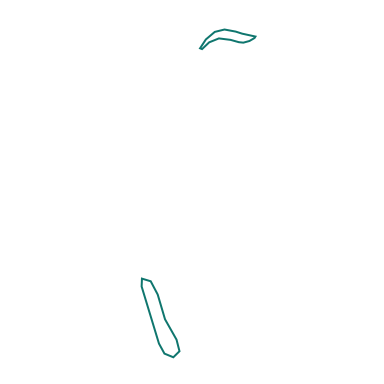 Berry Islands, Robinson projection, rotated 191°
{"feature_id": "BHS-5018", "entity_name": "Berry Islands", "entity_type": "District", "adm_level": 1, "iso_a3": "BHS", "parent_name": "The Bahamas", "parent_adm1": "", "projection": "robinson", "projection_center": [-77.863, 25.599], "detail": "fine", "context": "isolated", "style": "outline", "palette": "teal", "viewbox_px": 384, "rotation_deg": 191, "n_neighbors": 0, "source": "natural_earth", "source_scale": "10m", "svg_char_len": 480}
<svg xmlns="http://www.w3.org/2000/svg" viewBox="0 0 384 384"><g transform="rotate(191 192 192)"><path d="M224.6,97.4L215.5,96.5L206.1,84.8L194.2,61.9L179.0,44.1L173.9,33.3L178.8,26.2L188.2,28.1L195.5,36.9L223.4,89.6L224.6,97.4ZM191.1,357.7L179.7,357.8L173.0,357.0L159.4,356.7L160.0,355.1L164.4,351.2L170.1,348.4L174.6,348.0L183.2,348.7L194.9,347.9L203.7,342.2L209.4,334.2L211.5,334.6L207.5,344.4L200.2,353.5L191.1,357.7Z" fill="none" stroke="#0f766e" stroke-width="2"/></g></svg>